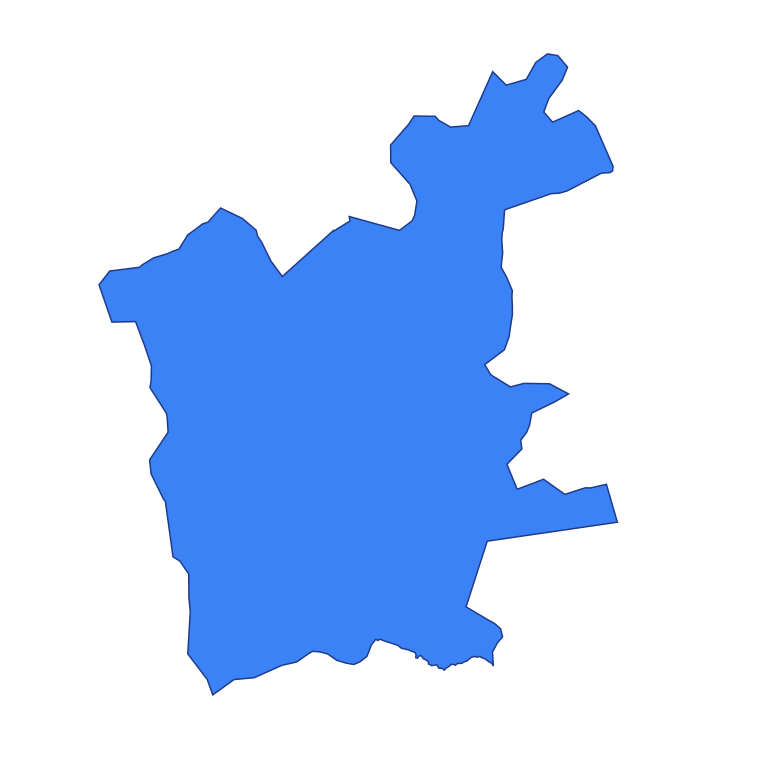 Kanke, Plateau, Nigeria (orthographic projection), rotated 170°
{"feature_id": "59680162B46182656305392", "entity_name": "Kanke", "entity_type": "district", "adm_level": 2, "iso_a3": "NGA", "parent_name": "Nigeria", "parent_adm1": "Plateau", "projection": "orthographic", "projection_center": [9.61, 9.363], "detail": "fine", "context": "isolated", "style": "filled", "palette": "blue", "viewbox_px": 768, "rotation_deg": 170, "n_neighbors": 0, "source": "geoboundaries", "source_scale": "gbopen_adm2", "svg_char_len": 2355}
<svg xmlns="http://www.w3.org/2000/svg" viewBox="0 0 768 768"><g transform="rotate(170 384 384)"><path d="M178.2,207.4L182.4,246.6L198.7,245.8L204.1,246.8L225.1,243.9L243.4,262.5L271.1,257.2L276.9,283.6L259.5,296.1L259.1,305.0L252.0,311.5L247.8,318.2L243.5,329.8L219.2,336.7L204.0,342.2L221.0,355.5L246.0,360.3L260.0,359.2L275.7,373.1L277.4,375.0L281.5,385.6L259.5,396.8L252.5,409.0L248.3,422.0L245.7,429.3L244.1,437.9L242.9,447.7L241.4,453.5L244.7,467.9L248.4,478.8L244.4,492.3L243.0,505.5L241.4,512.0L239.6,516.2L235.0,534.6L186.5,542.4L177.9,541.5L170.3,542.3L133.3,553.9L125.0,553.0L124.8,553.0L122.0,554.0L120.6,558.5L131.0,601.6L138.1,611.9L144.8,619.5L172.5,612.6L179.4,624.1L172.2,636.5L155.8,652.2L148.2,664.1L155.8,677.2L165.7,680.7L178.7,674.3L191.0,659.3L211.8,657.1L222.7,672.7L255.9,623.7L273.9,625.5L284.3,634.1L287.1,638.7L307.8,642.7L314.4,635.7L336.0,618.2L338.9,600.8L323.7,576.2L319.8,558.5L324.5,544.9L327.9,539.8L342.1,532.6L389.2,555.0L389.2,550.4L408.1,542.9L406.4,544.4L465.5,507.5L474.0,524.7L479.9,545.0L482.8,551.5L483.2,557.7L494.7,571.6L514.4,585.7L529.2,574.0L535.1,573.1L541.3,569.8L551.3,565.0L562.6,552.4L568.9,551.4L574.5,550.0L589.1,548.2L601.9,543.1L604.3,541.4L634.5,542.9L647.4,531.2L641.2,492.2L617.8,488.6L613.1,463.4L609.9,442.1L612.8,427.6L615.1,421.1L603.5,393.3L603.3,388.8L605.0,374.0L628.0,350.0L629.0,336.0L621.2,309.1L619.7,306.5L621.8,250.4L615.8,245.1L609.3,230.8L613.2,207.6L614.4,193.1L624.1,152.3L609.4,123.7L606.6,107.6L583.0,119.0L581.0,118.8L562.8,117.3L533.3,124.7L518.4,125.4L506.0,131.1L503.8,132.1L500.5,133.1L493.0,131.1L486.3,127.9L478.5,120.1L470.2,115.9L462.5,113.0L455.9,114.6L448.2,118.6L444.6,124.4L441.8,129.2L436.5,134.0L434.5,132.5L432.4,133.4L428.0,130.8L421.1,127.1L415.7,124.2L412.9,120.9L405.8,117.7L400.0,114.1L399.4,111.8L400.3,109.0L398.5,108.2L396.7,110.1L394.9,110.1L393.7,108.5L393.1,106.8L388.8,103.5L388.6,100.4L385.7,98.3L380.8,98.4L379.3,94.7L375.9,93.7L374.3,91.7L372.2,93.5L368.6,94.7L366.8,96.2L364.0,95.8L362.5,94.6L360.4,96.0L355.7,95.4L353.3,96.5L350.6,96.8L345.4,99.7L342.4,99.9L339.6,98.8L339.2,98.8L336.9,99.2L335.8,97.9L332.3,95.8L328.9,92.2L326.4,90.3L325.3,87.3L323.7,101.2L317.2,109.4L311.1,114.5L311.7,122.7L317.0,129.3L321.4,132.7L331.2,141.1L341.9,150.3L309.6,211.3L276.1,210.3L178.2,207.4Z" fill="#3b82f6" stroke="#1e3a8a" stroke-width="1.5"/></g></svg>